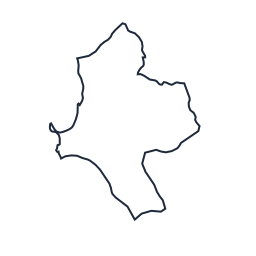 SVG path tracing the border of Sinop, rotated 233°
{"feature_id": "TUR-2294", "entity_name": "Sinop", "entity_type": "Province", "adm_level": 1, "iso_a3": "TUR", "parent_name": "Turkey", "parent_adm1": "", "projection": "natural_earth1", "projection_center": [34.958, 41.65], "detail": "fine", "context": "isolated", "style": "outline", "palette": "slate", "viewbox_px": 256, "rotation_deg": 233, "n_neighbors": 0, "source": "natural_earth", "source_scale": "10m", "svg_char_len": 1774}
<svg xmlns="http://www.w3.org/2000/svg" viewBox="0 0 256 256"><g transform="rotate(233 128 128)"><path d="M50.8,78.3L65.5,80.3L80.0,76.3L84.7,75.9L86.8,76.5L90.4,78.3L94.8,79.7L111.6,80.6L118.2,79.9L124.9,78.0L127.0,76.9L131.8,73.3L136.4,70.7L140.2,66.3L143.1,60.9L143.9,56.2L145.7,56.8L149.3,57.4L150.9,58.3L151.2,57.3L151.8,57.1L152.5,57.2L153.5,57.2L154.4,59.1L155.8,60.4L156.7,61.5L156.1,62.7L156.1,63.7L160.9,67.3L163.8,68.5L167.5,68.2L168.8,67.4L170.9,65.3L172.3,64.9L174.2,65.2L175.4,65.9L178.0,68.2L178.0,69.3L171.2,68.5L168.0,68.8L165.3,70.9L164.2,73.3L163.1,76.8L162.3,80.5L162.2,83.5L163.0,85.9L166.5,91.9L170.3,96.7L177.2,102.2L177.2,103.3L175.4,103.3L176.2,105.3L177.4,107.9L179.1,110.1L182.8,111.9L186.5,116.1L188.5,117.6L196.0,120.5L201.6,121.3L203.6,122.6L207.7,126.3L212.4,128.8L214.2,129.3L209.2,140.1L208.6,148.2L210.7,156.0L211.0,160.6L210.5,165.3L211.2,169.0L212.9,172.3L213.9,177.0L214.9,186.6L212.4,188.4L205.8,186.8L203.3,187.8L203.2,188.0L199.4,190.5L193.9,191.4L188.3,190.8L184.4,188.7L182.2,186.4L181.1,185.8L175.3,185.1L174.1,184.2L175.5,182.3L171.3,180.3L169.3,178.9L168.4,177.4L168.2,174.6L167.4,171.7L166.3,169.4L165.0,168.1L163.6,170.4L160.3,172.2L153.6,174.6L149.4,178.5L147.9,179.1L144.6,179.3L143.3,179.9L142.2,181.2L143.1,184.1L141.2,186.0L138.3,187.4L136.2,188.9L135.9,190.0L135.6,192.7L135.3,193.9L134.7,194.8L132.4,196.8L129.8,199.8L115.3,195.4L113.1,194.1L111.7,191.7L108.5,189.5L104.7,188.5L100.5,189.6L96.2,188.8L94.1,186.5L91.3,186.0L86.5,186.3L83.2,182.3L84.2,161.4L82.9,158.3L82.1,155.3L83.2,149.1L85.8,143.6L89.5,140.1L93.6,137.4L98.0,126.8L91.0,117.9L82.5,115.6L67.0,114.8L59.4,112.7L53.9,112.2L49.3,112.3L41.1,109.2L41.4,103.9L47.8,96.8L51.4,87.4L50.8,78.4L50.8,78.3Z" fill="none" stroke="#1e293b" stroke-width="2"/></g></svg>